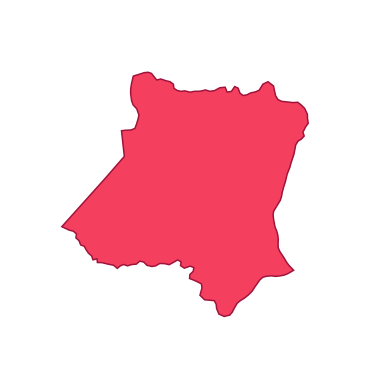 Santa Bárbara do Pará, Pará, Brazil (orthographic projection), rotated 161°
{"feature_id": "56859067B47809936972021", "entity_name": "Santa Bárbara do Pará", "entity_type": "district", "adm_level": 2, "iso_a3": "BRA", "parent_name": "Brazil", "parent_adm1": "Pará", "projection": "orthographic", "projection_center": [-48.256, -1.192], "detail": "fine", "context": "isolated", "style": "filled", "palette": "rose", "viewbox_px": 384, "rotation_deg": 161, "n_neighbors": 0, "source": "geoboundaries", "source_scale": "gbopen_adm2", "svg_char_len": 2058}
<svg xmlns="http://www.w3.org/2000/svg" viewBox="0 0 384 384"><g transform="rotate(161 192 192)"><path d="M80.4,265.7L84.2,271.5L89.8,270.9L95.3,266.4L99.3,266.0L104.2,266.6L108.4,266.0L112.2,266.6L114.4,269.7L114.6,275.2L117.3,277.8L122.0,274.3L126.3,275.0L126.5,280.3L131.7,281.5L138.0,280.5L142.5,281.5L146.0,284.1L151.3,284.6L157.3,286.5L161.1,286.9L165.9,290.0L169.7,290.8L172.8,292.7L175.3,295.9L174.5,300.0L176.9,303.5L180.3,305.6L184.7,309.0L188.9,309.4L191.7,317.3L194.5,319.5L198.4,320.4L203.6,320.5L209.8,320.7L213.8,314.3L216.3,309.7L217.9,305.3L219.4,298.1L219.3,293.5L217.2,288.7L217.1,282.2L219.0,278.9L222.4,274.2L225.3,270.7L229.5,270.5L235.0,272.1L238.7,272.9L244.4,247.7L269.9,233.0L326.4,201.6L320.5,195.9L317.0,193.6L314.9,190.0L316.7,186.4L314.7,182.8L314.5,178.2L311.6,175.8L310.9,171.9L309.8,167.8L307.7,164.3L307.7,160.1L303.6,159.7L304.4,156.1L300.1,154.5L295.8,151.7L289.9,148.2L287.5,144.1L283.9,145.5L280.3,145.7L277.0,143.2L272.3,143.0L268.3,141.9L263.8,143.6L260.4,141.4L258.5,137.4L254.2,134.6L250.3,134.0L245.7,134.9L241.3,133.2L237.2,130.7L232.5,131.5L227.6,132.4L225.1,129.5L226.8,126.2L224.1,122.5L217.8,122.5L214.9,119.9L216.7,116.6L220.9,114.7L222.5,111.0L219.4,108.4L215.7,104.9L213.0,102.0L213.9,97.9L218.1,91.8L215.2,86.0L206.3,82.0L205.7,77.8L206.7,73.8L206.3,67.8L202.1,63.9L196.4,63.3L193.0,65.3L189.5,68.7L185.5,72.1L182.1,73.4L176.7,74.7L172.0,76.4L167.2,78.8L163.8,81.5L156.5,86.8L152.9,88.3L149.0,88.1L144.0,86.8L140.5,85.0L136.9,84.2L132.2,83.4L128.1,83.6L121.4,84.9L124.3,91.3L125.5,95.1L126.3,99.2L128.4,107.5L128.6,111.3L127.3,115.5L125.8,119.2L124.9,123.4L124.6,127.5L124.9,131.8L123.8,139.4L122.7,144.1L121.0,147.3L114.6,152.6L111.1,155.5L108.7,158.8L106.8,162.3L103.6,167.0L100.4,171.3L96.2,177.9L91.5,183.4L89.2,186.8L83.2,194.7L81.0,198.5L78.7,202.6L75.3,205.5L71.2,206.5L67.7,208.4L67.7,212.3L63.6,216.4L59.7,219.2L58.9,223.8L57.6,227.9L58.3,234.5L60.5,238.9L62.8,242.4L67.5,243.7L77.8,248.6L80.6,251.4L81.6,255.8L81.0,261.2L80.4,265.7Z" fill="#f43f5e" stroke="#9f1239" stroke-width="1.5"/></g></svg>